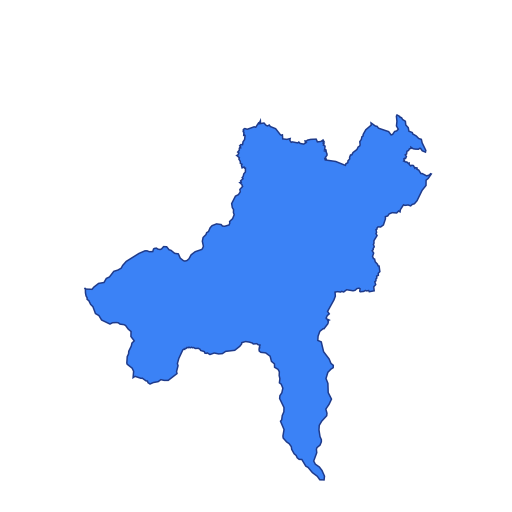 the district of Ibagué, Tolima, Colombia, rotated 292°
{"feature_id": "7082276B61216577882817", "entity_name": "Ibagué", "entity_type": "district", "adm_level": 2, "iso_a3": "COL", "parent_name": "Colombia", "parent_adm1": "Tolima", "projection": "mercator", "projection_center": [-75.17, 4.479], "detail": "fine", "context": "isolated", "style": "filled", "palette": "blue", "viewbox_px": 512, "rotation_deg": 292, "n_neighbors": 0, "source": "geoboundaries", "source_scale": "gbopen_adm2", "svg_char_len": 6139}
<svg xmlns="http://www.w3.org/2000/svg" viewBox="0 0 512 512"><g transform="rotate(292 256 256)"><path d="M97.2,187.6L99.1,188.9L99.5,195.2L100.1,196.4L99.0,200.9L99.4,202.2L98.1,203.3L97.6,205.7L100.2,208.2L102.9,212.4L105.7,214.1L106.3,217.6L107.8,221.2L117.4,226.8L119.1,225.6L125.1,224.8L126.8,223.4L132.2,222.8L141.5,223.3L142.6,224.0L142.7,224.9L143.7,224.9L144.2,225.9L145.4,226.3L145.5,227.5L146.4,228.0L146.2,229.3L147.3,230.5L147.1,231.4L147.8,232.5L147.5,234.3L148.8,237.1L148.5,239.2L147.7,240.0L148.0,243.9L146.8,245.0L147.1,246.4L147.9,247.1L147.4,250.2L150.4,253.6L151.2,258.0L152.9,261.4L156.2,263.6L160.6,271.6L166.2,274.8L169.0,275.6L170.4,275.3L172.8,278.4L173.7,282.1L173.9,285.3L173.4,286.4L175.0,289.6L174.5,291.3L174.9,293.1L172.5,293.3L172.2,293.9L171.0,293.6L169.1,294.6L168.5,296.6L169.8,301.2L168.4,306.6L164.1,309.8L162.9,313.5L159.8,314.9L159.2,318.8L157.4,321.0L153.8,322.3L151.2,324.1L147.2,325.2L146.6,327.4L143.5,330.4L138.9,331.2L135.5,330.5L132.7,331.3L126.0,338.7L122.0,340.2L117.9,340.1L113.7,341.2L112.0,340.6L105.6,347.0L99.2,348.4L97.4,349.4L95.1,354.0L94.4,357.1L92.4,360.2L90.1,361.5L86.9,365.5L86.1,368.0L84.4,369.7L83.6,372.2L84.5,374.7L79.8,380.9L79.5,383.5L76.3,389.4L74.7,395.4L72.4,399.0L73.9,403.0L77.5,402.0L81.8,397.6L84.1,393.8L85.2,389.0L87.5,386.3L96.4,386.0L99.4,384.4L101.2,384.3L104.6,386.2L108.2,386.2L110.2,385.4L112.5,383.0L118.4,379.5L122.7,378.1L127.5,378.8L134.4,381.4L136.8,380.7L140.2,378.1L145.9,379.3L151.6,379.6L156.4,374.1L164.8,370.4L168.6,366.8L175.1,366.2L179.2,367.9L181.4,369.4L183.6,368.6L184.5,365.7L187.9,362.4L192.6,354.5L200.8,348.7L200.9,344.9L204.9,343.6L210.1,343.4L213.8,345.5L214.0,346.3L220.1,348.0L222.2,347.7L222.9,346.8L224.0,347.8L224.2,344.7L224.8,344.3L227.4,344.4L229.8,345.6L231.4,343.1L244.4,344.7L248.5,344.6L252.1,342.8L253.5,344.9L254.3,348.0L255.3,348.7L255.5,350.8L258.7,352.7L260.1,359.0L261.3,360.7L263.6,361.8L264.8,363.6L264.6,364.8L262.2,365.4L261.9,366.1L263.5,369.1L265.0,370.3L265.1,371.7L266.2,373.4L265.3,374.4L268.0,378.6L271.6,376.7L274.3,377.7L276.6,375.8L277.9,376.5L279.7,375.8L280.8,376.3L282.6,375.4L283.9,376.7L285.8,375.8L287.9,376.7L292.8,373.9L292.6,372.9L293.9,371.7L295.3,368.7L297.6,367.1L297.6,365.9L299.3,364.2L302.8,364.0L304.4,361.7L305.8,362.3L306.8,361.8L308.8,362.2L310.7,360.5L312.1,360.6L314.3,359.6L320.3,360.6L321.7,358.8L323.0,359.0L325.4,357.4L326.3,358.1L327.3,357.7L328.8,358.3L329.6,360.7L332.5,362.5L338.9,362.1L341.0,361.2L342.4,363.1L344.9,363.7L347.2,366.0L348.6,370.3L351.2,371.4L350.9,373.0L353.1,372.5L358.7,373.6L358.7,375.1L360.3,377.9L360.4,380.6L362.3,381.5L363.8,383.3L367.6,384.6L379.1,385.4L385.1,387.2L390.0,385.3L392.4,386.6L397.7,387.8L397.7,387.0L396.1,386.5L394.2,384.2L394.7,379.2L394.2,378.0L396.6,374.7L396.7,372.8L397.9,372.4L397.7,370.8L396.9,370.4L398.8,368.1L398.5,366.5L397.5,365.7L398.3,363.7L399.6,363.2L399.0,362.3L399.7,360.6L399.2,359.6L399.4,357.4L400.2,357.8L401.4,356.7L402.4,357.3L402.4,358.1L404.6,358.2L405.7,356.5L407.0,357.4L409.6,356.7L411.0,357.9L412.9,358.1L413.8,359.4L414.9,358.9L414.3,361.5L414.8,363.7L415.9,366.7L417.1,367.3L417.4,368.2L415.8,370.8L415.8,374.2L417.5,373.9L423.1,367.7L426.1,365.6L425.9,362.8L427.3,359.7L427.9,355.6L429.0,354.7L429.0,351.0L432.0,349.1L433.6,345.8L436.9,344.0L437.5,340.7L438.8,339.1L438.5,337.6L439.2,337.1L439.6,333.9L438.2,333.8L433.7,336.2L429.2,337.5L426.9,340.4L424.7,339.6L423.4,337.9L419.9,337.1L418.9,335.9L421.0,332.4L420.4,321.7L421.6,319.6L421.2,318.1L422.5,312.8L420.5,313.8L414.2,310.5L408.9,309.8L407.5,310.3L406.2,309.5L403.6,310.0L400.9,309.4L398.1,310.9L396.8,310.9L395.4,309.9L392.6,309.7L388.3,307.2L385.6,306.9L385.1,305.8L382.6,305.8L381.1,306.5L378.7,305.6L376.9,306.2L375.3,304.8L373.5,304.9L373.5,294.5L371.0,284.2L372.1,283.3L372.5,284.4L373.6,283.4L375.8,284.1L377.1,283.7L379.2,281.7L379.2,280.8L379.8,281.6L380.7,280.9L380.5,279.7L383.7,278.9L384.1,276.9L385.5,277.1L385.8,276.0L386.6,276.3L387.3,275.1L387.6,276.1L388.7,274.7L386.5,273.3L384.8,270.2L386.9,268.0L384.6,263.0L382.7,260.3L381.3,259.6L381.1,258.4L379.8,259.2L379.8,259.9L377.6,258.3L376.9,254.7L377.7,253.0L376.5,252.4L375.4,246.9L374.6,246.1L375.9,244.0L377.7,243.7L375.7,241.0L374.6,236.9L378.2,235.1L377.5,234.2L377.6,233.1L381.4,226.5L381.4,220.8L382.4,219.2L380.9,218.0L380.9,216.4L382.3,213.6L380.5,210.6L383.0,209.4L379.8,209.2L380.1,208.6L381.2,208.7L375.3,207.5L375.1,205.9L370.2,200.4L370.0,197.9L369.4,197.3L368.0,196.9L367.5,197.7L366.5,197.5L366.0,198.5L363.3,199.4L363.9,200.1L363.6,200.7L359.7,201.8L357.1,201.2L354.2,201.8L353.6,200.2L352.1,199.6L351.6,200.7L350.5,201.2L350.4,200.3L349.6,200.2L347.8,200.9L345.5,200.1L345.1,201.5L342.7,201.3L342.0,200.5L340.8,203.8L339.5,203.8L337.8,206.0L336.0,206.8L335.8,208.6L334.5,208.6L332.5,210.1L334.0,211.6L333.2,212.5L333.5,213.3L329.9,214.7L327.6,213.9L324.8,214.3L323.5,213.8L322.7,215.0L320.0,213.6L318.9,214.7L318.0,213.5L317.0,216.1L315.4,217.5L311.7,216.1L309.6,217.4L306.3,216.7L303.8,214.5L295.5,213.8L292.0,215.9L290.6,217.8L287.8,218.8L286.1,220.3L281.8,220.3L278.1,218.6L276.6,219.4L274.7,219.4L271.8,215.8L271.2,213.7L272.1,211.9L271.0,207.4L267.7,203.9L265.0,202.9L260.9,202.8L259.1,201.5L257.1,201.6L253.4,200.0L249.6,200.7L245.3,203.6L243.0,203.6L241.8,203.3L237.2,198.0L232.8,195.4L228.3,194.9L225.9,193.7L224.6,191.9L224.5,190.3L225.6,186.6L228.9,183.2L228.0,179.6L229.4,175.0L229.2,173.1L231.1,169.7L230.1,166.8L227.2,165.8L226.1,164.7L225.6,162.5L226.0,160.7L225.0,159.0L224.2,158.4L221.4,158.6L220.0,155.4L220.0,153.1L219.2,151.1L214.5,146.5L202.4,137.7L197.3,135.9L194.3,135.6L191.3,133.3L188.5,129.9L181.7,128.0L179.1,125.6L174.5,125.0L171.6,120.3L166.2,117.2L163.7,116.5L161.7,111.0L162.1,109.0L161.2,110.3L157.9,111.7L155.3,113.4L154.0,115.1L152.6,115.6L151.9,117.8L149.2,120.8L147.9,123.8L142.5,128.7L141.9,132.7L138.8,136.8L138.2,146.1L140.4,148.0L142.0,151.5L142.5,153.3L141.9,155.4L142.9,159.4L142.7,161.1L140.3,165.0L139.2,168.4L134.5,170.2L131.7,174.9L128.8,173.6L125.8,174.1L120.0,173.7L117.5,174.5L114.5,174.3L108.4,176.3L107.4,177.1L105.6,183.2L103.3,185.7L97.2,187.6Z" fill="#3b82f6" stroke="#1e3a8a" stroke-width="1.5"/></g></svg>